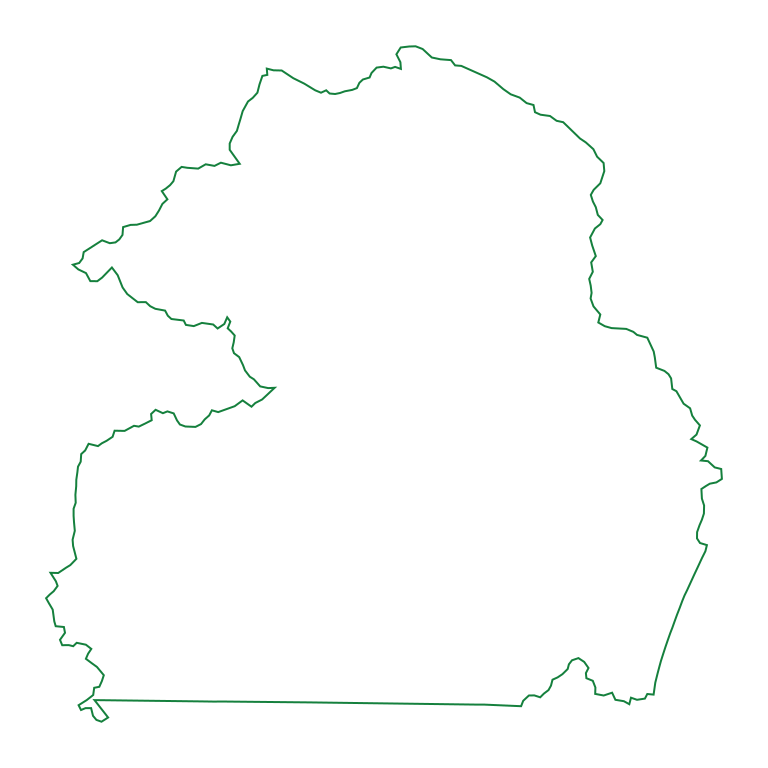 Guaratuba, Paraná, Brazil
{"feature_id": "56859067B52183991417177", "entity_name": "Guaratuba", "entity_type": "district", "adm_level": 2, "iso_a3": "BRA", "parent_name": "Brazil", "parent_adm1": "Paraná", "projection": "orthographic", "projection_center": [-48.788, -25.795], "detail": "fine", "context": "isolated", "style": "outline", "palette": "green", "viewbox_px": 768, "rotation_deg": 0, "n_neighbors": 0, "source": "geoboundaries", "source_scale": "gbopen_adm2", "svg_char_len": 4147}
<svg xmlns="http://www.w3.org/2000/svg" viewBox="0 0 768 768"><path d="M510.7,94.3L503.3,89.1L494.5,81.6L486.9,77.3L461.3,65.9L455.1,65.4L451.0,60.1L440.4,59.3L431.8,57.5L422.6,49.0L415.6,46.3L409.1,46.5L400.7,47.5L396.4,54.3L400.4,62.2L400.9,68.9L395.1,66.9L390.9,68.4L383.4,66.7L376.6,67.6L371.5,73.0L369.6,77.5L362.9,79.5L359.4,82.8L356.9,88.1L352.2,89.9L344.8,91.3L340.0,93.0L335.1,94.0L329.6,93.5L326.2,90.3L321.0,92.7L315.2,90.3L304.2,83.6L293.3,78.2L281.7,70.5L273.5,70.3L266.8,68.6L267.3,74.9L262.4,75.9L259.5,84.4L257.4,92.7L252.8,97.8L248.0,101.5L242.7,111.1L240.4,119.1L238.7,124.7L236.9,130.9L232.6,136.8L229.7,143.5L229.7,149.8L239.7,163.8L230.9,165.3L220.9,162.7L214.5,165.9L205.7,164.3L198.2,168.6L187.3,167.8L181.6,166.9L176.1,171.6L173.4,181.2L170.1,185.1L165.8,188.6L161.8,191.1L167.4,199.3L162.4,203.9L159.0,210.5L155.4,216.2L150.1,221.0L136.9,224.7L130.6,224.9L123.1,227.1L122.5,234.9L119.3,239.4L115.5,242.4L109.8,243.2L102.1,240.3L83.7,252.1L82.6,258.4L79.2,263.0L72.9,264.7L78.3,269.4L86.0,273.1L90.3,281.1L97.3,281.2L102.1,277.6L111.9,267.5L117.7,275.2L122.6,287.5L127.3,294.1L137.7,302.2L145.8,302.1L150.2,306.2L155.3,308.8L165.1,310.6L167.8,315.7L171.4,319.0L183.7,320.5L185.9,324.9L193.8,326.1L201.9,322.9L213.2,324.5L217.6,328.5L224.3,324.0L227.2,317.3L230.3,321.6L227.7,328.3L231.3,331.7L234.7,335.5L233.7,342.4L232.3,348.3L234.0,353.2L239.2,357.1L243.0,365.1L245.0,370.4L249.8,376.7L253.9,379.3L260.2,386.4L268.2,388.1L274.6,387.8L262.1,399.5L255.3,403.0L251.5,406.7L242.6,400.4L234.7,406.2L218.2,412.1L211.9,410.3L209.2,415.4L204.7,419.4L201.0,424.1L195.5,426.9L185.4,426.5L179.9,424.5L177.0,420.4L173.7,413.4L167.4,411.4L162.9,413.2L155.6,409.8L151.1,414.0L151.7,420.2L144.4,423.9L138.8,426.6L134.0,425.8L124.6,430.9L114.6,430.7L112.6,436.8L106.6,440.8L101.8,443.3L98.0,446.1L88.6,443.8L85.2,450.4L81.2,454.1L80.7,461.7L78.0,466.7L77.4,472.1L76.3,479.8L76.2,486.3L75.4,494.8L75.7,502.8L73.6,508.7L73.6,515.9L74.0,522.0L74.8,530.8L72.6,539.7L73.1,546.0L76.4,558.8L70.3,565.1L65.9,567.8L58.2,573.0L50.5,572.8L55.9,581.3L57.6,585.9L53.7,591.2L49.8,594.5L46.1,598.2L48.9,603.2L52.7,609.6L54.3,621.4L55.7,626.2L63.9,627.0L65.0,632.8L60.0,639.8L62.2,645.2L68.7,645.1L73.2,646.2L76.7,642.8L85.9,644.7L91.3,648.9L88.1,653.7L85.9,658.8L91.9,663.3L97.0,667.0L103.8,675.2L101.9,681.0L99.3,686.8L94.2,687.8L93.2,695.0L86.7,700.1L78.6,705.2L81.0,710.0L85.6,708.1L91.1,708.1L93.0,715.8L96.4,719.9L101.5,721.7L108.1,717.5L94.5,700.1L201.1,701.4L214.7,701.6L220.7,701.5L230.3,701.6L309.7,702.4L476.9,704.6L484.1,704.6L521.1,706.2L523.2,700.8L528.9,695.5L534.3,695.4L540.2,697.3L543.9,693.6L548.5,690.1L551.0,685.6L552.5,679.7L557.6,677.4L562.4,674.2L567.7,669.0L568.9,664.3L572.0,660.3L578.4,658.1L584.2,661.9L588.5,668.0L585.9,673.1L586.4,678.2L592.8,680.8L595.4,687.5L595.2,693.9L603.7,695.5L612.1,692.7L615.4,699.8L623.9,701.2L629.3,704.2L631.0,697.7L637.0,699.8L644.9,698.6L647.3,694.0L653.6,694.6L655.3,682.6L657.7,673.0L659.4,666.6L660.9,661.1L662.9,654.8L665.4,647.1L667.8,640.1L670.3,633.0L672.4,627.6L674.6,621.4L677.0,614.8L679.7,607.9L682.3,600.9L684.5,595.5L687.1,590.2L691.0,581.7L694.3,574.5L698.2,566.2L702.0,558.0L705.4,551.2L706.9,545.1L700.0,543.0L697.0,538.4L697.1,532.1L699.5,525.3L701.9,519.7L703.9,513.6L704.1,505.5L701.9,498.6L701.4,489.0L705.8,486.1L709.8,483.7L716.4,482.4L721.9,478.9L721.2,469.0L714.7,467.4L708.0,461.2L701.0,460.5L705.4,455.9L707.4,447.6L696.5,441.4L691.3,439.1L696.5,434.6L699.9,425.4L695.0,419.8L692.2,415.6L690.1,408.3L683.6,403.7L676.4,391.2L672.3,389.0L671.1,378.4L668.5,374.2L664.4,370.9L656.2,367.7L654.8,357.3L653.7,351.5L647.3,337.7L637.0,334.9L633.4,331.9L626.2,328.9L611.6,328.1L604.8,326.2L598.3,322.5L600.3,314.5L593.5,306.4L590.6,298.5L591.6,292.9L590.7,285.6L589.2,278.9L592.8,271.8L591.2,262.4L595.8,256.1L592.2,245.5L590.1,237.5L594.9,228.5L600.3,224.2L602.6,220.0L597.8,214.9L595.8,207.2L592.9,201.5L590.8,194.9L593.7,189.8L600.3,183.3L604.3,171.1L603.6,163.0L597.1,156.7L593.4,149.2L585.8,142.4L580.0,138.5L563.2,122.2L556.6,120.8L550.0,116.0L540.5,114.7L535.0,112.2L533.5,105.0L526.6,103.1L519.7,97.6L510.7,94.3Z" fill="none" stroke="#15803d" stroke-width="2"/></svg>